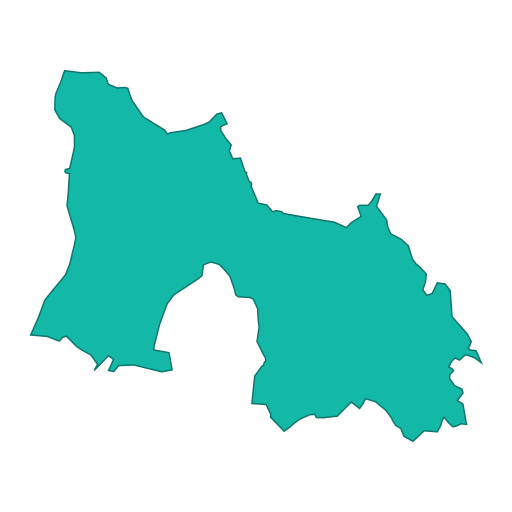 Al Hasahisa, Gezira, Sudan
{"feature_id": "16777658B35693507625874", "entity_name": "Al Hasahisa", "entity_type": "district", "adm_level": 2, "iso_a3": "SDN", "parent_name": "Sudan", "parent_adm1": "Gezira", "projection": "albers", "projection_center": [32.94, 14.812], "detail": "fine", "context": "isolated", "style": "filled", "palette": "teal", "viewbox_px": 512, "rotation_deg": 0, "n_neighbors": 0, "source": "geoboundaries", "source_scale": "gbopen_adm2", "svg_char_len": 2751}
<svg xmlns="http://www.w3.org/2000/svg" viewBox="0 0 512 512"><path d="M30.8,334.8L30.7,335.0L47.1,336.4L54.1,339.1L59.2,341.1L62.6,337.4L66.3,336.1L75.3,345.2L76.4,346.3L82.4,350.3L90.8,354.9L97.6,364.3L94.2,370.4L108.5,355.7L113.6,359.5L108.5,370.5L113.8,371.5L118.6,365.6L134.0,365.0L161.9,371.8L172.1,369.8L170.0,358.1L169.0,352.7L153.7,350.0L154.2,345.5L159.7,324.0L167.0,304.1L173.6,295.0L197.3,279.4L201.9,275.7L203.4,264.9L210.9,261.9L219.2,264.4L223.6,268.8L229.9,276.3L233.5,286.4L234.4,289.4L235.8,294.9L238.5,296.8L249.8,297.5L253.3,299.1L257.7,308.8L258.2,319.4L259.1,327.4L257.0,341.4L263.1,353.9L265.4,357.8L265.8,360.7L264.5,362.1L264.0,363.5L263.3,365.5L261.9,366.2L254.7,376.1L251.9,403.5L266.1,404.5L270.9,414.6L270.7,417.3L284.1,431.2L289.8,427.1L294.2,423.3L299.9,419.1L305.1,416.7L309.9,414.7L315.0,414.4L316.3,417.6L323.3,417.7L337.2,416.2L351.3,402.0L359.6,408.5L363.0,403.7L365.5,398.7L375.5,401.7L385.5,410.0L388.7,414.1L391.6,418.1L392.6,420.6L395.8,425.5L400.8,428.4L404.0,436.3L413.0,441.3L424.2,430.8L437.4,431.8L440.7,425.5L442.1,420.5L444.0,417.2L448.9,423.1L452.9,426.8L456.2,426.1L460.9,423.8L466.6,424.3L465.5,419.3L462.9,404.0L457.2,400.5L463.0,393.0L462.0,389.1L454.4,385.6L449.5,378.3L450.0,374.5L453.6,370.7L452.0,368.7L448.8,367.0L449.6,365.5L451.3,361.9L455.0,357.9L459.5,360.1L465.7,354.5L474.7,357.9L481.3,362.7L476.0,350.7L469.8,349.9L468.2,347.7L469.5,346.0L471.3,341.6L467.5,334.3L452.0,316.6L450.2,290.6L445.1,284.0L437.3,282.8L432.2,293.4L426.9,295.4L422.8,289.8L425.6,281.3L426.3,274.0L421.3,268.6L420.1,267.3L415.7,263.6L412.4,258.9L408.3,245.8L401.1,239.2L390.7,233.8L387.7,226.8L386.6,219.8L376.5,206.4L380.3,194.0L375.9,194.1L371.1,202.1L368.1,205.3L359.3,205.4L357.7,206.7L361.2,216.4L350.8,223.0L346.4,227.7L334.4,222.2L312.7,218.6L303.9,217.1L283.9,213.6L280.8,211.4L276.0,210.7L272.7,211.8L266.8,205.0L263.7,204.3L258.2,203.1L251.0,186.0L251.6,184.4L250.9,182.0L249.4,182.0L246.5,174.7L246.6,172.5L245.0,171.8L240.4,158.1L232.7,158.7L229.4,150.8L231.2,145.0L226.0,138.7L220.7,130.5L220.7,126.6L227.1,123.7L221.6,112.8L216.8,114.1L209.0,122.2L203.8,124.5L186.0,130.4L169.7,132.9L167.4,134.2L164.7,130.1L143.4,117.0L131.9,100.3L127.7,88.2L124.4,87.5L117.1,88.0L108.2,84.2L106.1,77.9L99.3,72.3L81.5,72.8L78.0,72.4L64.7,70.7L64.1,72.2L62.8,76.0L60.3,83.1L55.9,93.6L55.1,97.1L54.8,109.9L59.6,118.5L71.3,127.2L74.4,135.7L74.5,146.9L73.7,150.7L69.7,168.4L65.4,169.5L64.9,171.7L66.2,173.0L69.4,173.5L68.4,191.1L67.0,205.8L70.5,217.6L74.2,230.0L75.1,233.9L75.8,238.0L73.8,247.4L72.4,252.9L69.9,263.7L65.3,275.0L61.2,280.1L51.8,291.4L44.9,300.0L42.9,305.4L38.4,317.5L36.3,322.3L31.6,332.9L31.5,333.1L31.2,333.8L31.0,334.2L30.9,334.4L30.8,334.8Z" fill="#14b8a6" stroke="#0f766e" stroke-width="1.5"/></svg>